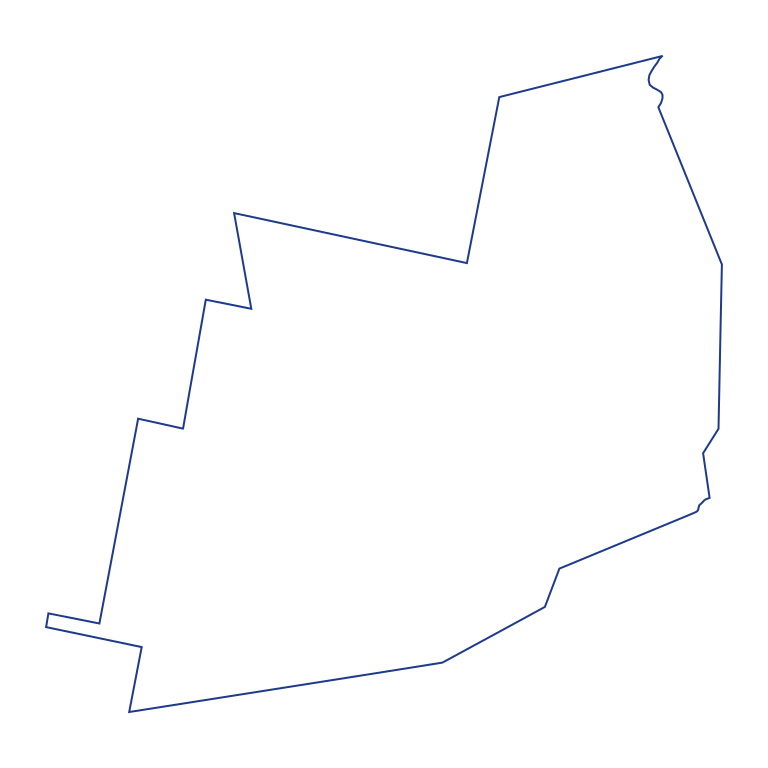 Silípica, Santiago del Estero, Argentina (Robinson projection)
{"feature_id": "61730980B28261021809980", "entity_name": "Silípica", "entity_type": "district", "adm_level": 2, "iso_a3": "ARG", "parent_name": "Argentina", "parent_adm1": "Santiago del Estero", "projection": "robinson", "projection_center": [-64.209, -28.168], "detail": "fine", "context": "isolated", "style": "outline", "palette": "blue", "viewbox_px": 768, "rotation_deg": 0, "n_neighbors": 0, "source": "geoboundaries", "source_scale": "gbopen_adm2", "svg_char_len": 838}
<svg xmlns="http://www.w3.org/2000/svg" viewBox="0 0 768 768"><path d="M129.2,712.0L363.8,675.1L442.4,662.6L505.6,628.3L544.9,606.9L559.4,568.6L690.9,514.2L694.9,512.5L695.9,512.0L697.4,511.1L698.3,509.4L698.5,507.9L699.4,505.1L700.7,504.0L702.7,502.1L704.0,500.6L705.8,499.3L709.6,497.9L703.1,453.2L718.5,428.8L719.6,375.0L720.7,320.9L721.9,264.5L658.4,107.4L658.4,107.2L659.7,105.1L661.0,103.0L662.5,98.3L662.5,94.8L661.1,92.2L656.8,89.5L653.2,87.7L649.7,84.8L648.6,79.9L649.4,75.1L651.4,71.3L653.6,67.8L653.9,67.2L657.2,62.8L659.5,58.8L662.0,56.2L661.9,56.1L533.8,88.4L519.5,92.0L499.3,97.1L466.9,263.1L234.1,213.1L251.3,308.8L205.8,299.7L196.8,350.6L189.9,389.5L183.1,428.3L183.0,428.6L182.9,428.6L138.1,418.7L138.1,418.9L99.4,623.5L48.4,613.4L46.1,627.1L141.7,647.1L129.2,712.0Z" fill="none" stroke="#1e3a8a" stroke-width="2"/></svg>